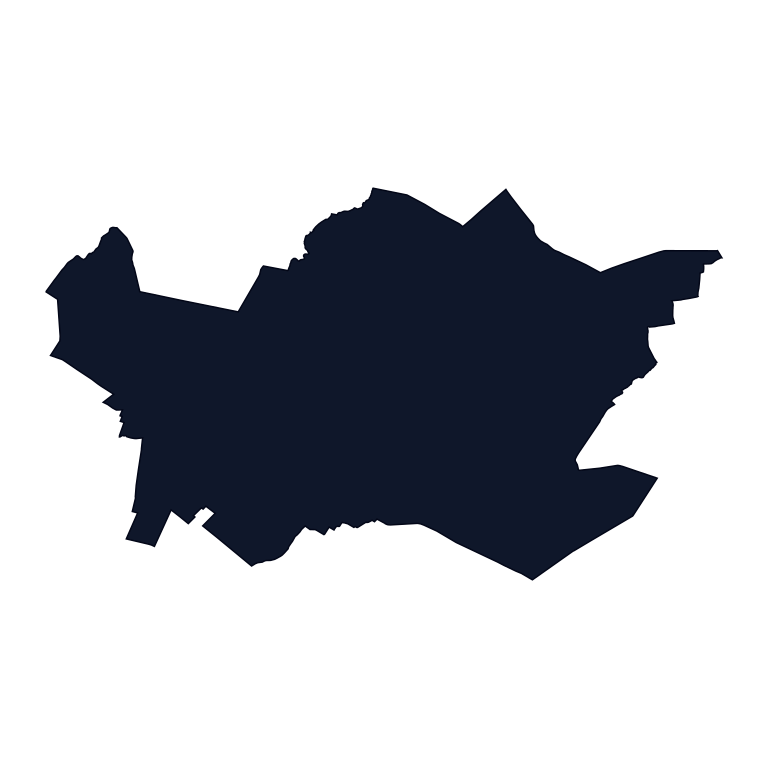 Giarmata, Timis, Romania
{"feature_id": "2599482B59348801816011", "entity_name": "Giarmata", "entity_type": "district", "adm_level": 2, "iso_a3": "ROU", "parent_name": "Romania", "parent_adm1": "Timis", "projection": "natural_earth1", "projection_center": [21.324, 45.849], "detail": "fine", "context": "isolated", "style": "filled", "palette": "ink", "viewbox_px": 768, "rotation_deg": 0, "n_neighbors": 0, "source": "geoboundaries", "source_scale": "gbopen_adm2", "svg_char_len": 6093}
<svg xmlns="http://www.w3.org/2000/svg" viewBox="0 0 768 768"><path d="M497.7,562.1L504.0,565.4L515.9,571.1L521.2,573.3L532.4,579.8L572.9,551.2L574.0,550.7L590.6,540.8L632.7,516.0L633.1,514.8L633.4,515.0L657.2,478.2L622.8,466.5L619.8,465.7L618.0,465.4L617.5,465.4L599.7,468.2L579.3,470.3L578.1,469.4L578.2,468.6L577.3,464.8L575.2,460.9L575.2,459.1L576.8,455.9L578.7,452.8L599.6,421.9L601.0,418.8L602.7,416.5L605.2,412.1L606.9,409.8L608.0,408.7L611.6,406.3L614.6,404.5L614.0,403.7L612.7,402.5L611.1,401.3L612.0,400.2L612.3,399.5L612.7,399.1L616.4,396.4L616.6,396.4L617.9,395.6L618.8,395.4L620.4,394.3L621.9,393.7L622.5,392.9L622.6,392.5L622.5,392.1L621.9,391.3L622.0,390.3L621.8,390.2L623.5,389.4L624.3,388.6L625.5,388.2L626.6,387.5L627.6,387.0L628.0,386.3L628.8,385.9L630.0,384.6L631.2,384.1L631.5,383.6L631.1,383.0L631.1,382.8L631.6,382.5L631.8,382.2L632.0,381.3L632.4,380.4L635.3,378.4L635.9,378.4L636.4,377.9L637.6,377.6L638.2,376.9L638.6,376.9L639.4,377.3L641.4,377.7L642.5,377.6L643.3,377.2L644.4,375.3L645.3,374.2L648.0,371.8L648.7,370.8L649.5,370.4L649.9,370.4L650.2,370.2L651.3,368.8L652.0,368.1L653.1,367.5L654.7,365.5L655.8,364.5L655.6,363.8L655.7,363.4L656.0,363.0L656.7,362.6L656.9,362.4L656.8,362.2L655.9,361.3L655.9,361.1L655.5,360.4L654.1,358.5L648.6,347.7L648.1,346.0L647.8,341.8L647.5,339.2L647.6,336.2L647.6,333.9L648.0,332.3L648.0,330.6L647.7,329.4L647.6,328.1L647.5,327.4L647.8,326.9L648.1,326.7L648.9,326.6L649.8,326.7L649.8,327.0L655.0,326.6L658.2,325.9L672.1,323.9L674.4,323.3L673.9,321.1L672.9,317.6L672.7,315.6L672.8,309.3L672.9,309.0L672.9,307.7L673.1,305.3L673.0,303.9L672.5,302.3L671.6,300.8L680.9,299.9L682.8,299.4L688.7,298.5L696.9,296.9L698.1,296.4L697.9,296.0L697.8,295.3L698.0,292.0L698.8,288.1L699.5,281.1L699.6,280.2L700.0,273.9L700.1,273.0L702.1,272.5L703.4,271.9L703.7,269.0L703.7,266.1L703.3,264.2L703.6,264.0L709.6,263.8L711.3,263.6L713.0,262.6L714.6,261.2L716.9,259.7L719.9,258.3L720.6,257.8L721.9,257.8L717.5,250.6L716.7,250.8L665.7,250.7L663.7,250.9L660.0,251.9L659.4,252.0L640.0,258.5L624.5,263.6L611.5,268.2L600.4,272.7L585.9,264.8L569.2,256.9L564.1,254.7L559.2,252.2L554.6,250.4L552.5,249.0L547.2,244.5L544.1,243.0L540.5,240.9L538.2,238.6L536.5,236.6L535.2,234.6L534.5,232.9L533.9,230.4L533.5,225.9L532.7,224.4L520.5,209.1L511.1,196.9L507.2,191.5L505.9,189.4L480.6,211.1L471.3,219.5L462.6,226.8L462.1,226.1L459.9,224.3L458.5,223.4L439.4,213.4L424.7,204.4L407.0,195.0L373.1,188.2L372.7,188.8L372.6,189.8L371.9,191.2L371.8,192.7L371.6,193.3L371.3,193.7L371.1,194.9L370.8,195.3L370.3,196.8L369.4,198.0L369.0,199.5L366.3,200.6L365.3,202.2L364.7,202.8L364.3,202.9L363.6,202.7L363.4,202.8L362.6,204.4L362.8,206.0L362.7,206.3L361.6,207.7L357.9,209.0L357.3,209.0L354.7,207.9L354.4,208.0L353.5,208.7L353.2,209.2L352.6,209.6L351.9,209.8L350.3,210.6L348.8,211.2L347.7,211.4L344.7,211.2L343.6,211.4L340.9,212.6L339.2,212.6L338.1,213.2L337.3,214.4L337.0,214.9L334.5,214.4L331.6,213.9L331.4,214.9L331.0,215.9L330.5,216.6L328.1,219.0L327.6,219.3L327.2,219.4L326.6,219.4L326.0,219.3L325.1,219.8L321.4,222.1L318.8,224.0L315.8,226.8L314.4,228.5L313.2,230.1L313.8,230.6L313.7,230.8L311.2,232.8L310.4,232.3L310.3,233.2L308.9,234.7L307.1,235.7L306.6,235.5L305.9,236.0L305.0,238.9L304.7,240.7L304.6,241.1L304.3,241.3L304.7,242.1L304.3,242.9L304.3,243.3L305.2,246.1L305.1,247.3L305.3,248.2L305.8,248.9L307.5,250.5L307.8,251.0L307.9,251.8L308.7,252.6L308.9,253.1L309.0,253.4L308.3,254.1L307.6,254.3L307.4,254.1L307.0,254.2L305.8,254.0L304.8,254.2L304.0,254.7L303.6,255.6L303.6,256.1L303.7,256.5L304.2,257.3L304.4,258.9L303.0,259.4L300.8,259.7L300.1,260.1L299.5,260.8L298.8,261.2L298.3,260.9L296.0,258.8L295.1,258.4L293.7,258.5L293.2,258.8L291.6,260.3L291.1,261.2L290.9,262.5L290.2,263.9L289.8,266.1L289.1,267.5L288.1,270.3L287.7,270.6L263.4,266.0L262.1,267.6L260.8,269.6L259.7,274.5L258.5,276.9L238.2,311.9L180.8,300.3L139.8,291.7L134.3,268.4L133.0,265.1L132.5,262.3L131.7,259.9L131.8,257.1L132.3,253.9L132.9,252.1L133.0,251.2L132.8,250.5L128.6,241.8L126.9,238.3L125.7,236.9L116.9,227.7L116.0,227.8L113.2,227.4L112.7,227.4L111.5,227.8L110.3,228.4L109.8,229.1L109.4,231.2L108.9,232.5L105.7,234.7L103.5,236.0L101.5,238.0L101.5,238.5L101.6,238.9L101.4,239.6L100.6,241.5L99.0,245.9L98.2,247.4L96.0,249.0L93.8,252.1L92.4,252.6L91.4,253.8L90.7,253.5L89.8,253.4L89.2,253.6L88.1,254.8L85.7,258.4L83.8,259.5L83.0,259.4L80.6,258.1L79.4,256.9L79.0,256.7L78.1,255.9L77.0,255.8L76.2,256.2L75.6,256.7L73.4,259.0L68.3,262.4L67.1,263.7L64.4,267.4L61.9,270.1L55.9,278.2L54.3,280.2L46.3,291.2L46.1,291.9L57.6,299.3L60.2,336.3L59.9,340.9L50.5,355.5L62.1,359.5L63.0,360.0L65.3,361.5L77.0,369.5L91.7,379.2L97.7,383.8L101.3,386.3L113.7,394.2L103.2,402.3L107.7,404.5L112.6,408.0L116.3,410.0L122.5,409.9L120.1,415.4L120.1,415.9L122.2,416.4L120.3,421.3L124.1,422.5L119.5,435.5L119.4,436.9L120.0,436.9L122.3,435.5L122.8,435.5L124.1,435.9L125.6,435.5L125.9,435.5L126.2,436.1L126.8,436.7L127.5,436.9L130.8,437.9L134.3,438.5L136.2,438.6L139.6,438.2L142.6,437.9L141.4,449.2L141.5,449.5L138.3,470.4L136.2,485.4L135.3,497.0L135.5,497.6L135.4,498.5L132.3,511.5L137.7,512.9L126.3,538.9L148.7,544.2L151.4,545.0L154.4,546.4L171.1,509.9L180.2,517.0L188.3,523.6L194.9,517.0L193.4,515.7L201.4,507.9L203.1,509.1L205.9,506.2L215.2,513.3L202.7,525.9L217.0,537.4L251.6,566.0L255.3,563.7L257.7,562.7L262.3,562.1L264.6,560.9L266.1,560.5L270.5,560.4L274.7,559.3L277.3,558.0L278.9,557.1L280.6,556.2L282.3,555.0L284.5,552.8L288.1,548.8L288.4,547.5L289.0,546.2L291.2,543.0L292.4,541.4L295.1,536.5L297.2,534.8L299.9,531.9L301.6,529.4L305.2,526.0L310.0,529.5L315.2,529.6L317.0,530.5L323.9,534.6L324.6,534.2L329.1,527.1L334.0,530.0L334.7,528.7L335.1,528.3L335.4,527.4L335.7,527.1L337.8,526.1L338.9,526.5L339.5,526.3L341.8,522.7L342.1,522.5L342.4,522.4L342.7,522.7L344.2,522.8L347.8,523.8L353.9,527.4L355.0,526.5L357.0,527.5L357.6,527.4L358.9,526.6L366.1,522.1L366.8,522.5L368.5,522.2L372.1,520.3L374.5,521.7L377.0,519.1L385.4,523.6L385.4,523.8L387.3,524.6L388.5,524.8L390.6,524.9L416.6,523.4L417.9,523.4L420.7,523.9L424.1,525.2L436.9,531.1L456.2,542.5L497.7,562.1Z" fill="#0f172a" stroke="#020617" stroke-width="1.5"/></svg>